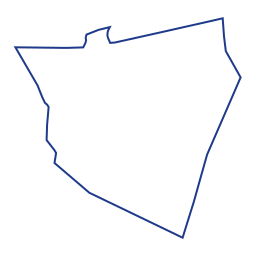 the district of Jaguaruana, Ceará, Brazil
{"feature_id": "56859067B92650873269192", "entity_name": "Jaguaruana", "entity_type": "district", "adm_level": 2, "iso_a3": "BRA", "parent_name": "Brazil", "parent_adm1": "Ceará", "projection": "albers", "projection_center": [-37.778, -4.886], "detail": "fine", "context": "isolated", "style": "outline", "palette": "blue", "viewbox_px": 256, "rotation_deg": 0, "n_neighbors": 0, "source": "geoboundaries", "source_scale": "gbopen_adm2", "svg_char_len": 583}
<svg xmlns="http://www.w3.org/2000/svg" viewBox="0 0 256 256"><path d="M222.7,18.3L217.1,19.6L160.4,32.4L115.0,42.5L110.2,42.9L109.1,40.5L108.1,38.1L107.4,35.6L107.6,32.2L108.4,29.9L109.8,27.1L98.5,29.9L86.5,34.6L85.7,37.8L86.1,40.5L85.4,42.9L84.3,45.3L83.2,47.4L66.3,47.9L15.4,47.3L37.6,85.5L42.3,97.3L45.0,102.9L47.2,104.7L48.6,107.0L48.0,114.4L47.1,124.7L46.6,140.1L54.3,150.0L56.1,153.0L54.5,163.0L89.4,192.8L182.6,237.7L194.0,201.2L199.9,180.1L200.4,178.3L207.1,154.6L238.5,82.3L240.6,77.4L225.8,51.1L224.0,36.3L222.7,18.3Z" fill="none" stroke="#1e3a8a" stroke-width="2"/></svg>